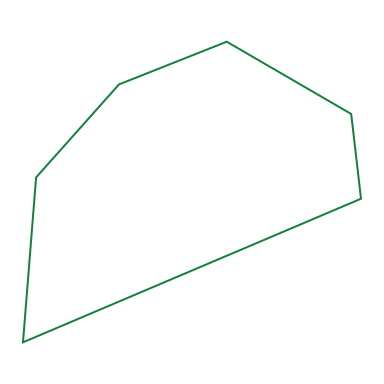 outline of Monaco
{"feature_id": "MCO", "entity_name": "Monaco", "entity_type": "country or territory", "adm_level": 0, "iso_a3": "MCO", "parent_name": "Europe", "parent_adm1": "", "projection": "orthographic", "projection_center": [7.412, 43.751], "detail": "fine", "context": "isolated", "style": "outline", "palette": "green", "viewbox_px": 384, "rotation_deg": 0, "n_neighbors": 0, "source": "natural_earth", "source_scale": "50m", "svg_char_len": 207}
<svg xmlns="http://www.w3.org/2000/svg" viewBox="0 0 384 384"><path d="M361.0,198.7L23.0,342.3L36.1,177.4L119.0,84.4L226.7,41.7L351.2,114.0L361.0,198.7Z" fill="none" stroke="#15803d" stroke-width="2"/></svg>